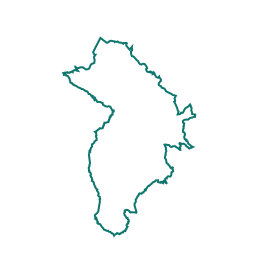 the district of San Agustín Metzquititlán, Hidalgo, Mexico, rotated 156°
{"feature_id": "50627088B54107470170219", "entity_name": "San Agustín Metzquititlán", "entity_type": "district", "adm_level": 2, "iso_a3": "MEX", "parent_name": "Mexico", "parent_adm1": "Hidalgo", "projection": "equal_earth", "projection_center": [-98.601, 20.521], "detail": "fine", "context": "isolated", "style": "outline", "palette": "teal", "viewbox_px": 256, "rotation_deg": 156, "n_neighbors": 0, "source": "geoboundaries", "source_scale": "gbopen_adm2", "svg_char_len": 5780}
<svg xmlns="http://www.w3.org/2000/svg" viewBox="0 0 256 256"><g transform="rotate(156 128 128)"><path d="M164.4,205.1L164.8,204.8L164.7,203.2L164.9,202.7L163.1,202.5L163.3,201.4L163.0,200.8L162.2,200.5L161.7,199.6L161.3,196.1L161.7,195.6L161.7,194.2L162.2,193.1L162.1,192.7L160.7,191.5L160.6,191.2L160.8,190.3L159.8,189.6L159.7,188.9L158.4,187.7L156.6,184.9L155.7,184.3L154.6,182.6L153.3,181.7L151.7,178.9L150.4,178.0L150.1,176.8L150.1,175.1L149.1,174.5L148.7,173.9L148.5,172.4L147.3,171.8L147.9,171.0L148.1,170.2L147.7,169.8L146.7,170.0L145.9,169.4L146.0,168.3L147.3,167.6L147.2,166.9L146.4,167.1L145.9,166.9L145.6,166.4L145.4,164.3L142.8,163.1L141.8,161.7L141.0,161.1L141.4,159.4L139.8,157.1L138.3,155.9L136.7,155.7L136.0,155.2L135.4,154.1L135.3,151.0L133.9,149.9L134.4,148.8L135.6,148.9L136.6,146.6L137.8,146.8L138.1,146.6L137.9,146.2L138.5,145.9L139.2,146.1L139.6,145.8L139.6,145.2L140.6,145.1L141.0,143.8L142.0,143.4L142.4,142.4L143.3,142.1L143.6,141.4L146.7,142.0L147.3,142.4L147.6,141.7L148.4,141.4L148.6,140.6L149.1,140.5L149.7,139.7L150.1,139.7L150.3,139.0L150.9,138.3L152.1,138.2L153.8,139.3L154.2,139.2L154.5,138.8L155.8,138.7L158.3,137.9L159.7,138.0L159.1,136.2L159.5,135.6L159.8,134.1L160.7,133.7L160.8,131.3L161.6,130.2L161.6,129.8L164.1,129.3L164.8,128.3L166.5,127.8L167.5,127.8L168.5,125.6L170.1,124.8L171.0,123.4L171.5,123.4L171.7,122.8L172.6,122.6L172.3,121.5L173.4,121.3L173.7,120.5L174.6,119.4L177.1,111.1L178.3,109.9L178.5,109.0L179.2,108.6L179.5,108.0L180.2,107.5L180.5,105.8L181.0,105.0L180.7,104.6L181.3,103.9L180.6,102.5L180.5,101.5L180.8,100.7L181.5,100.3L181.7,99.3L181.3,98.8L181.7,98.1L181.4,96.9L181.7,95.3L182.1,95.1L182.5,94.4L181.5,92.9L181.5,91.8L181.9,90.2L182.0,89.0L181.7,87.9L182.0,87.3L181.7,85.4L181.0,84.3L181.6,83.8L181.8,83.3L181.4,81.5L181.4,80.1L182.7,78.7L182.7,78.2L181.8,76.5L182.2,75.9L182.2,74.7L182.4,74.3L183.1,74.1L183.5,72.4L189.2,63.8L191.6,62.5L193.4,62.1L194.1,61.1L194.1,58.8L194.9,58.5L194.5,57.7L193.6,58.2L193.9,55.1L194.5,54.1L193.8,53.9L194.2,52.7L192.5,51.4L192.2,48.6L191.4,46.3L191.4,45.1L190.4,44.3L190.2,43.8L189.0,42.6L188.1,42.4L187.8,41.2L186.3,40.2L185.9,38.6L185.3,38.4L184.5,37.0L184.5,35.5L184.0,35.9L182.9,35.8L180.8,36.4L180.5,36.3L180.2,35.6L179.7,35.5L179.0,34.5L178.3,34.8L177.8,34.5L176.6,35.1L175.0,34.6L174.4,35.4L173.6,35.4L172.5,34.9L172.3,35.6L171.4,36.3L171.1,36.0L170.4,36.4L169.9,37.2L168.7,37.9L169.0,38.2L168.9,39.8L167.3,40.9L166.6,40.7L166.2,42.1L165.2,42.3L165.2,43.0L164.8,43.8L165.3,44.6L165.0,46.0L165.8,46.1L166.0,46.5L166.1,48.5L166.5,49.7L166.2,51.6L165.7,52.2L164.9,52.4L164.6,53.2L164.8,53.8L164.6,54.0L162.4,53.8L161.4,52.9L160.4,51.2L160.6,50.5L160.3,49.9L158.9,49.6L155.7,47.9L155.1,47.2L154.8,47.3L154.4,47.9L153.5,54.9L152.8,55.8L152.6,56.5L151.5,56.9L151.0,57.3L149.9,59.7L148.5,60.3L147.3,61.6L146.4,61.7L146.0,62.3L145.1,62.6L144.8,63.3L144.0,63.6L142.3,62.4L141.1,63.2L140.2,62.8L139.8,63.2L138.5,63.6L137.7,64.8L137.1,65.0L136.8,64.2L135.1,65.7L132.8,66.9L132.0,66.5L129.9,67.4L129.2,67.4L127.4,68.3L125.2,68.1L124.1,68.8L121.8,68.0L122.5,66.3L120.6,64.8L119.9,65.4L118.8,65.0L118.9,63.9L118.4,63.3L117.0,64.9L115.1,61.2L115.3,64.7L115.1,65.9L114.6,66.4L113.8,66.7L113.1,66.2L112.6,67.0L111.0,67.6L109.3,66.5L108.8,66.5L107.6,67.4L106.3,69.9L104.8,69.9L104.2,70.4L103.8,72.9L103.1,73.6L103.2,73.8L104.3,74.1L105.0,73.7L105.3,74.4L105.5,76.7L106.1,77.8L105.9,78.4L107.0,80.4L106.2,83.3L106.2,84.3L106.5,85.4L106.1,86.5L105.0,87.5L104.8,88.3L104.3,88.5L103.8,89.9L102.3,91.4L102.1,93.0L101.4,94.2L101.4,97.9L99.9,97.4L98.7,96.3L97.5,95.8L97.1,94.3L96.3,93.0L94.4,93.0L92.6,92.4L92.0,91.7L91.7,90.6L90.8,89.9L89.5,86.9L89.1,86.7L88.4,89.3L87.8,89.4L87.0,90.4L87.4,92.4L87.3,92.9L86.8,93.2L85.2,91.6L83.8,91.1L82.4,89.5L82.2,89.0L82.2,87.7L80.9,85.9L80.8,84.9L80.3,84.3L76.4,84.3L77.8,85.9L78.0,86.9L79.3,89.2L79.0,91.4L79.3,91.5L79.9,92.8L79.6,93.2L80.1,93.3L79.9,94.1L80.5,94.4L80.7,95.7L80.1,97.3L79.0,98.2L79.0,98.7L78.5,99.1L78.3,99.6L78.3,101.0L79.3,101.7L79.0,103.1L78.2,103.9L78.1,104.6L77.5,104.9L76.8,106.0L76.9,106.7L75.8,107.4L75.8,108.1L74.7,109.3L75.5,110.5L75.2,111.7L74.7,112.2L73.3,112.5L72.2,112.3L69.6,111.2L67.0,112.0L65.2,111.4L63.1,111.3L62.3,110.9L61.1,112.9L63.7,114.6L63.1,116.6L63.1,118.2L61.7,120.5L61.9,121.4L61.6,123.6L61.7,124.3L64.2,123.1L66.8,122.9L68.2,122.4L71.5,119.7L72.1,119.7L73.3,120.4L74.3,119.6L74.8,119.6L77.1,120.2L75.1,122.5L75.4,123.5L75.0,126.2L74.9,129.8L75.2,133.1L74.3,133.2L73.9,133.5L73.4,136.2L71.2,137.9L72.4,139.1L73.6,139.8L74.5,141.5L77.9,145.5L78.4,146.3L78.5,148.4L78.8,149.3L80.9,151.2L80.7,152.4L82.3,154.5L82.3,155.4L81.7,156.3L79.7,157.4L78.9,157.5L78.2,158.8L78.5,160.7L79.0,161.3L78.7,162.3L80.2,161.7L81.4,163.1L81.8,165.2L81.6,167.1L83.3,167.2L82.6,168.0L82.0,168.1L82.0,168.6L83.5,168.5L83.7,169.4L84.2,169.6L84.2,170.2L84.6,170.6L84.8,170.6L85.0,169.7L87.5,171.6L87.8,172.7L87.5,174.5L86.2,174.8L86.1,176.3L86.6,179.3L87.4,180.2L88.7,180.7L89.9,180.5L91.0,181.3L91.5,182.9L91.6,184.8L92.6,187.0L93.6,190.4L94.5,191.7L95.2,192.0L95.0,194.7L94.1,196.8L92.7,197.3L92.1,198.2L92.1,199.6L91.5,200.5L94.7,199.0L96.0,203.6L96.0,204.1L95.5,205.3L94.6,205.9L94.9,206.3L97.0,207.3L97.4,207.4L98.1,206.9L99.5,208.7L101.5,209.8L102.2,211.2L103.2,211.2L104.8,212.3L105.1,212.1L105.2,212.6L108.2,214.7L109.6,214.8L110.0,214.5L110.4,214.7L111.9,214.2L112.9,214.7L116.6,221.5L129.0,211.5L128.9,208.5L128.0,208.1L130.1,206.7L130.5,206.0L130.8,203.7L132.4,201.1L135.1,201.3L136.2,201.0L139.2,198.2L140.8,198.0L142.7,198.7L144.7,201.9L147.1,202.9L148.7,202.8L150.4,203.5L151.2,205.3L151.4,205.0L150.5,200.6L153.2,202.6L155.6,202.5L155.9,201.5L156.8,202.3L158.8,202.6L159.0,202.2L160.5,202.9L160.6,203.5L163.8,204.4L164.2,204.3L164.4,203.9L164.6,204.8L164.4,205.1Z" fill="none" stroke="#0f766e" stroke-width="2"/></g></svg>